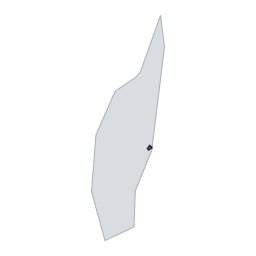 Ngeruliang, Melekeok, Palau (highlighted)
{"feature_id": "81905179B10053567804267", "entity_name": "Ngeruliang", "entity_type": "district", "adm_level": 2, "iso_a3": "PLW", "parent_name": "Palau", "parent_adm1": "Melekeok", "projection": "equal_earth", "projection_center": [134.631, 7.506], "detail": "fine", "context": "in_parent", "style": "filled", "palette": "slate", "viewbox_px": 256, "rotation_deg": 0, "n_neighbors": 0, "source": "geoboundaries", "source_scale": "gbopen_adm2", "svg_char_len": 607}
<svg xmlns="http://www.w3.org/2000/svg" viewBox="0 0 256 256"><path d="M134.0,226.9L105.0,240.6L91.5,191.6L96.0,134.8L115.2,91.1L136.0,77.1L140.3,72.1L160.5,15.4L164.5,46.7L151.7,150.5L135.3,190.9L134.0,226.9Z" fill="#d9dde1" stroke="#a8b0b8" stroke-width="1"/><path d="M147.4,148.4L148.5,150.0L151.9,147.9L151.9,147.7L151.8,147.4L151.7,147.3L151.7,147.2L151.5,146.9L151.4,146.8L151.3,147.0L151.2,147.0L151.0,146.9L150.9,146.8L150.8,146.7L150.7,146.7L150.5,146.4L150.4,146.3L150.4,146.2L150.2,145.9L150.0,145.7L149.9,145.5L149.8,145.4L147.4,148.4Z" fill="#64748b" stroke="#1e293b" stroke-width="1.5"/></svg>